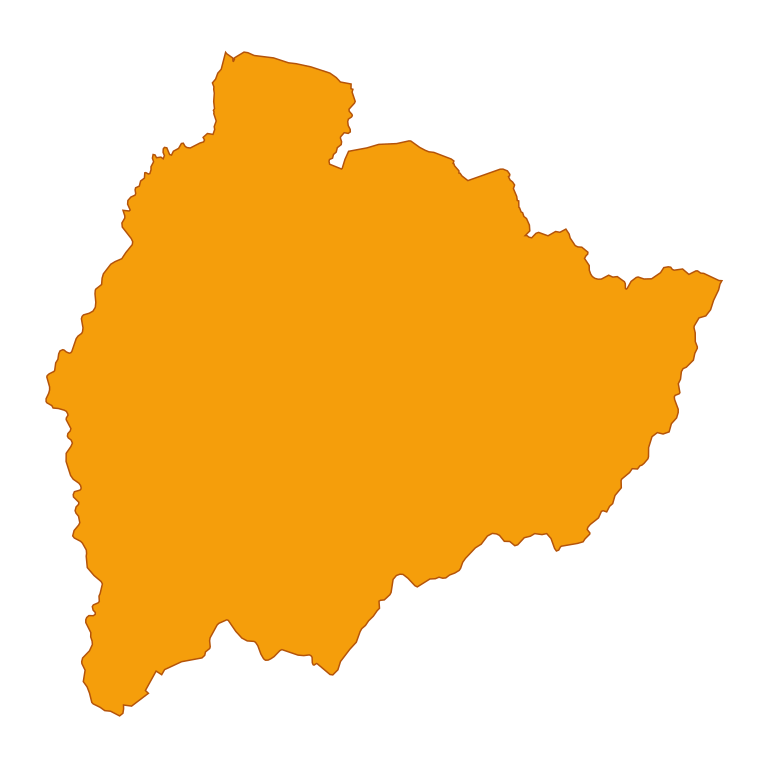 Mueang Lamphun, Lamphun, Thailand (Natural Earth projection)
{"feature_id": "78962969B31473304215935", "entity_name": "Mueang Lamphun", "entity_type": "district", "adm_level": 2, "iso_a3": "THA", "parent_name": "Thailand", "parent_adm1": "Lamphun", "projection": "natural_earth1", "projection_center": [99.055, 18.551], "detail": "fine", "context": "isolated", "style": "filled", "palette": "amber", "viewbox_px": 768, "rotation_deg": 0, "n_neighbors": 0, "source": "geoboundaries", "source_scale": "gbopen_adm2", "svg_char_len": 5992}
<svg xmlns="http://www.w3.org/2000/svg" viewBox="0 0 768 768"><path d="M352.9,89.3L351.0,88.7L351.1,84.0L340.4,82.0L336.3,77.6L329.9,73.1L311.0,66.9L296.1,63.7L288.5,62.8L273.6,57.9L254.2,55.5L247.9,52.7L244.0,52.1L235.0,57.5L234.2,58.2L234.5,59.2L233.5,61.3L232.9,61.0L232.8,58.0L226.8,53.8L225.6,52.3L221.2,69.3L217.8,73.1L215.6,79.1L212.4,82.9L213.9,86.8L213.7,89.2L214.3,93.2L213.7,101.5L214.5,108.7L213.4,110.4L214.0,111.8L213.8,113.7L216.2,121.0L214.2,126.6L214.7,129.5L213.0,134.4L207.4,133.5L203.1,137.4L204.5,140.0L203.6,141.9L200.0,143.0L190.2,148.0L186.8,147.5L185.0,146.2L183.3,143.2L181.4,143.5L178.6,148.4L173.4,151.2L171.5,155.1L169.6,154.5L166.8,147.8L164.5,147.4L163.4,148.6L163.2,149.8L163.1,152.4L164.4,155.6L163.2,158.8L160.9,157.1L156.5,157.7L155.0,154.9L153.1,154.5L152.4,158.1L153.6,161.8L151.0,166.7L151.0,169.9L149.8,173.6L148.4,174.0L145.8,172.6L144.8,172.8L144.4,178.1L140.6,181.0L139.3,186.1L135.6,187.8L135.1,189.9L135.7,193.5L135.1,195.1L130.8,197.1L127.9,200.5L127.6,204.2L130.2,210.0L129.1,211.0L123.0,210.3L124.8,215.9L124.8,218.0L121.9,223.0L122.3,227.1L131.2,238.5L132.7,241.7L132.3,244.6L125.8,252.6L121.8,258.7L115.1,261.6L110.8,264.2L103.4,273.8L102.1,278.2L101.6,284.5L95.8,289.1L95.3,290.2L95.0,293.8L95.8,302.4L95.3,307.3L93.0,311.1L89.3,313.2L83.5,314.9L82.1,316.4L81.4,318.8L83.0,327.9L82.5,331.8L81.6,333.4L78.0,336.1L76.2,338.6L71.8,351.5L70.8,352.7L69.3,353.2L66.4,352.0L64.0,350.0L62.7,349.7L60.0,350.9L58.7,353.8L57.9,359.3L55.7,362.9L54.7,370.4L54.0,371.4L49.2,373.8L47.2,375.6L46.8,377.0L49.6,386.9L49.6,390.0L48.7,393.3L46.1,398.7L46.1,401.6L47.0,402.9L51.8,405.6L53.1,408.0L58.4,408.5L64.3,410.2L66.4,411.4L67.7,413.8L68.0,415.2L66.3,418.0L66.2,419.7L70.9,428.6L70.2,431.0L67.9,433.5L67.4,436.1L68.3,437.9L71.1,440.0L72.4,443.1L70.9,446.5L66.2,453.3L66.1,461.5L70.6,475.5L73.2,479.2L78.9,483.2L80.5,485.4L81.1,487.6L81.0,488.9L80.0,490.1L74.4,491.7L73.2,494.6L73.5,497.0L78.8,502.3L78.6,504.3L76.1,506.9L75.1,510.7L76.0,513.2L78.5,516.2L79.8,522.7L78.7,525.0L74.1,530.5L72.7,535.9L74.3,538.0L80.6,541.3L82.4,543.1L86.3,550.0L86.6,553.5L86.2,556.2L87.3,567.6L94.0,575.5L101.1,581.5L102.4,583.9L100.1,593.6L99.0,596.1L99.3,601.4L98.2,602.8L93.4,604.9L92.3,606.6L93.1,610.1L95.3,612.5L95.2,614.4L93.3,615.7L88.9,615.6L86.7,617.5L85.8,619.7L85.8,622.6L90.8,632.6L90.7,636.9L92.1,641.1L92.4,644.5L89.5,650.8L82.6,658.0L81.7,661.6L81.9,663.6L85.1,670.2L83.3,681.6L87.1,686.9L89.5,693.1L91.8,702.4L93.2,703.9L100.1,707.3L104.7,710.6L110.5,711.2L119.6,715.9L122.9,713.3L123.6,708.9L123.5,705.0L131.6,706.1L148.4,693.3L145.4,690.5L156.1,671.1L161.7,674.7L164.6,669.6L181.6,661.7L202.0,657.9L204.7,655.4L205.5,651.9L209.7,648.5L210.2,646.8L209.6,640.7L210.1,637.8L217.1,625.0L218.9,623.3L226.8,619.8L228.3,620.4L235.8,631.4L241.9,638.1L247.2,640.9L254.0,641.4L255.5,642.3L257.8,645.7L260.9,654.1L263.6,658.8L265.4,660.2L268.1,660.1L270.8,658.8L274.1,656.6L279.9,650.6L281.9,649.6L298.0,655.1L303.8,655.6L309.4,654.9L311.0,655.7L312.1,657.3L312.3,662.8L313.1,664.7L314.0,665.1L316.5,663.5L317.3,663.8L330.0,674.5L332.8,674.9L337.9,669.8L340.5,661.5L349.8,649.3L356.3,642.2L360.1,631.6L361.8,628.6L365.5,625.4L368.6,620.8L373.3,616.2L377.2,610.6L379.5,608.3L379.0,601.2L380.4,600.3L384.3,599.9L389.9,594.7L391.1,592.4L393.1,579.4L396.4,575.5L399.9,574.2L403.0,574.4L407.9,578.2L414.9,585.7L417.3,586.9L429.9,579.0L435.4,578.7L439.0,577.2L442.7,578.2L445.8,577.9L449.6,575.0L454.9,573.0L459.2,570.4L460.6,568.3L462.7,562.3L465.5,558.3L475.4,547.8L481.2,544.2L487.4,536.0L492.3,533.4L496.5,533.9L499.5,535.4L504.3,541.3L509.8,541.5L514.8,545.7L517.7,544.8L524.3,537.7L530.4,536.2L534.7,533.6L542.0,534.6L546.7,533.6L551.0,538.5L554.6,548.5L556.4,551.0L558.7,550.1L560.4,547.0L561.4,546.2L577.6,543.4L583.1,541.8L585.0,538.9L589.7,534.2L589.9,533.0L587.2,529.5L587.8,527.4L590.2,524.5L598.5,517.9L601.4,511.4L603.1,510.7L606.7,511.9L609.6,506.3L612.7,503.6L615.0,495.5L621.3,487.8L621.1,480.5L621.8,479.0L629.6,472.5L632.2,468.7L637.5,469.0L640.0,465.7L641.8,465.2L644.0,463.4L647.9,458.8L648.5,456.7L648.6,447.6L652.0,436.7L657.3,432.6L663.1,434.0L669.1,431.9L671.4,423.7L676.6,417.9L678.2,412.5L678.2,409.2L674.6,399.5L674.3,396.9L675.1,395.4L679.1,393.8L679.9,392.7L678.3,383.7L680.5,379.2L681.4,371.6L683.1,368.6L686.3,367.2L693.4,360.1L694.8,353.4L697.3,348.3L697.3,346.8L695.3,341.6L695.2,332.8L694.0,327.8L694.2,326.0L699.0,317.9L705.8,315.9L710.6,309.7L713.6,300.3L718.6,289.9L720.0,284.1L721.9,280.7L718.9,280.5L703.8,273.4L700.7,273.1L697.6,270.9L695.9,270.9L688.9,274.4L682.6,269.0L674.1,270.2L672.3,269.4L670.7,267.2L668.3,266.8L663.8,267.6L660.5,272.7L651.6,278.8L644.0,279.0L638.1,277.0L636.2,277.5L631.1,281.4L627.2,288.4L626.2,289.1L625.4,288.4L625.3,283.7L624.4,281.7L617.3,276.6L612.8,277.1L608.7,275.2L601.3,279.1L598.0,279.2L594.8,278.3L592.3,276.5L590.7,274.1L589.3,270.2L589.2,265.5L584.5,258.4L586.0,255.8L587.7,254.1L587.9,252.2L581.8,247.2L577.8,246.9L575.2,245.6L570.2,238.1L569.1,234.0L565.9,229.1L559.9,232.3L555.6,231.5L548.0,235.8L538.6,232.4L536.0,233.3L531.7,237.8L529.0,237.2L527.0,235.6L525.2,235.6L529.8,230.9L529.4,225.1L526.5,218.5L523.9,216.5L522.6,212.7L521.1,211.9L519.6,207.9L518.9,207.4L518.7,200.9L517.3,200.5L516.7,196.4L513.4,188.6L514.6,185.0L512.6,182.0L510.1,180.0L508.8,177.4L508.5,176.5L509.6,175.9L509.8,174.3L507.4,170.9L503.0,169.1L500.1,169.2L467.9,180.6L462.0,176.0L460.0,173.2L459.0,173.1L458.9,170.8L454.6,165.9L453.9,163.8L453.1,163.5L453.9,161.0L451.2,159.0L433.9,152.4L428.9,151.8L425.2,150.3L419.7,147.4L410.8,141.0L408.9,140.9L396.6,143.6L378.7,144.4L366.9,147.9L348.6,151.3L345.0,159.3L342.2,168.4L341.5,169.0L329.6,164.2L329.0,161.2L329.5,159.5L332.5,158.2L333.5,154.5L336.2,152.1L337.3,147.7L341.2,144.6L341.6,141.8L340.4,138.0L340.6,136.8L344.2,132.7L348.2,133.4L350.3,131.9L350.2,129.4L348.2,125.5L347.7,121.5L348.4,119.1L351.5,117.0L352.3,115.7L352.0,114.4L349.2,111.2L349.0,109.2L354.5,103.1L355.2,101.4L352.1,92.1L352.9,89.3Z" fill="#f59e0b" stroke="#b45309" stroke-width="1.5"/></svg>